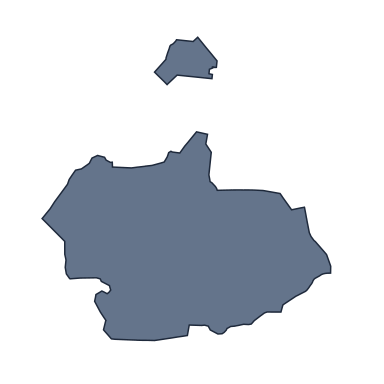 outline of As Saiyani, Ibb, Yemen, rotated 276°
{"feature_id": "15242507B28390593826974", "entity_name": "As Saiyani", "entity_type": "district", "adm_level": 2, "iso_a3": "YEM", "parent_name": "Yemen", "parent_adm1": "Ibb", "projection": "mercator", "projection_center": [44.227, 13.822], "detail": "fine", "context": "isolated", "style": "filled", "palette": "slate", "viewbox_px": 384, "rotation_deg": 276, "n_neighbors": 0, "source": "geoboundaries", "source_scale": "gbopen_adm2", "svg_char_len": 3414}
<svg xmlns="http://www.w3.org/2000/svg" viewBox="0 0 384 384"><g transform="rotate(276 192 192)"><path d="M169.8,57.5L168.1,56.5L160.4,52.6L155.7,49.5L151.5,46.8L149.9,45.7L129.6,70.6L116.7,72.0L114.0,72.9L112.8,73.3L111.1,73.8L107.1,73.8L105.7,73.8L105.2,73.8L103.8,73.8L97.4,75.6L93.3,79.2L92.9,79.8L94.7,89.5L96.7,105.9L96.0,109.8L93.6,111.2L90.9,118.1L90.3,119.7L89.6,119.9L86.0,121.4L85.9,121.3L83.8,120.1L82.3,118.6L82.0,118.3L82.0,118.2L83.3,115.0L84.1,112.7L82.8,111.0L80.0,107.2L77.1,107.0L73.1,106.6L64.5,112.4L62.9,113.5L58.5,117.1L55.3,119.8L55.2,119.7L45.7,118.4L45.0,119.1L41.6,122.8L37.5,127.2L37.5,130.2L37.5,130.9L37.6,132.4L37.7,133.9L38.6,148.0L38.9,152.2L38.9,153.0L39.4,159.0L39.7,161.8L39.9,164.0L40.4,170.3L40.5,170.6L41.4,174.2L43.2,181.1L44.8,187.3L45.0,188.0L45.2,188.7L46.3,192.8L47.5,197.6L48.8,202.4L58.7,203.1L59.4,203.2L60.3,215.6L60.9,218.4L60.3,222.2L56.7,224.6L53.5,232.6L54.2,236.8L55.8,238.7L58.2,240.5L60.0,241.1L60.3,241.7L61.0,242.7L62.3,244.5L63.0,248.2L63.1,248.3L63.1,248.5L63.2,248.8L63.3,249.3L63.5,249.8L63.8,250.8L64.0,251.6L65.8,257.0L65.9,257.9L65.9,258.3L66.1,262.2L66.9,264.8L70.6,267.4L72.2,269.1L76.3,273.4L76.7,273.9L79.2,276.6L79.4,276.9L80.5,279.2L81.9,293.0L89.2,294.2L89.6,294.7L90.1,295.2L90.5,295.7L94.3,300.3L97.1,303.7L99.2,306.2L100.9,308.9L101.0,309.0L105.1,315.3L106.5,316.6L107.8,317.4L109.1,318.2L110.5,318.9L111.9,319.7L113.2,320.5L114.5,321.1L114.8,321.2L116.3,321.6L117.7,322.3L117.9,322.4L118.9,323.3L120.8,326.0L121.6,327.2L122.6,328.4L123.5,329.5L124.3,331.1L124.9,332.8L125.4,335.1L125.7,337.5L125.8,338.3L132.7,337.7L139.0,334.7L141.9,333.3L142.4,333.1L143.9,332.3L147.7,328.3L148.8,327.1L154.1,321.4L155.6,319.8L156.5,318.4L160.2,315.0L160.9,314.6L163.8,312.9L164.5,312.7L171.0,310.7L173.9,309.8L177.7,308.7L178.9,308.3L180.4,307.9L188.4,305.5L188.6,305.4L188.0,303.4L187.8,302.8L187.7,302.3L184.7,292.9L196.2,282.7L197.8,281.4L199.4,280.0L199.7,279.7L199.9,276.8L200.3,271.4L200.9,262.6L200.5,255.3L200.2,250.8L199.5,243.8L199.4,243.3L199.1,239.7L198.5,234.3L198.2,231.8L198.2,231.4L198.0,230.2L197.5,226.2L196.3,216.9L198.1,216.1L199.9,214.7L201.8,212.5L203.2,210.9L204.2,208.9L206.5,208.3L210.8,207.0L213.4,207.0L223.2,207.0L233.5,207.0L241.2,200.7L246.6,201.1L251.0,201.4L252.3,190.2L251.2,189.5L248.8,187.9L240.1,182.2L236.9,180.0L229.5,175.8L229.7,168.2L230.3,166.8L228.7,164.7L226.4,164.2L224.3,163.7L218.9,161.2L217.4,157.6L217.1,156.8L214.3,149.6L214.1,148.8L212.8,142.9L212.7,142.8L211.5,137.5L211.0,135.1L210.4,132.6L209.9,130.5L209.6,129.2L208.5,110.3L213.3,109.6L212.9,107.8L214.7,103.3L217.4,101.4L218.2,96.0L218.5,94.3L217.7,93.0L215.3,89.0L210.6,87.2L209.8,86.9L208.0,84.9L203.4,79.6L201.6,74.1L201.5,73.9L195.9,70.8L195.3,70.5L192.5,69.0L191.5,68.5L189.7,68.1L186.7,67.4L177.8,62.2L169.8,57.5ZM306.7,165.9L306.8,200.0L311.0,200.0L311.3,197.3L311.4,196.5L313.9,196.5L315.9,196.5L317.0,198.7L317.7,199.9L318.0,199.8L318.0,199.5L318.0,199.2L318.4,199.2L318.6,199.8L318.5,201.0L318.2,201.5L318.5,203.2L325.0,203.2L325.3,202.9L333.3,194.8L336.5,191.5L341.4,186.6L346.5,181.5L341.8,177.4L341.8,168.6L341.8,160.7L340.3,160.0L339.0,159.0L337.7,158.0L336.9,157.1L336.0,155.6L334.8,154.8L332.0,154.3L328.1,153.3L322.8,152.2L321.8,152.2L321.3,152.2L321.2,152.2L307.3,142.2L304.4,145.8L299.2,152.4L296.2,156.0L297.2,156.8L301.7,160.7L305.1,163.6L306.7,165.0L306.7,165.9Z" fill="#64748b" stroke="#1e293b" stroke-width="1.5"/></g></svg>